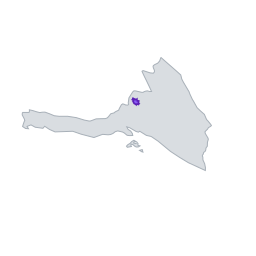 location of Emni Haili, Debub, Eritrea, rotated 136°
{"feature_id": "51966322B75745826178298", "entity_name": "Emni Haili", "entity_type": "district", "adm_level": 2, "iso_a3": "ERI", "parent_name": "Eritrea", "parent_adm1": "Debub", "projection": "equal_earth", "projection_center": [38.709, 14.717], "detail": "fine", "context": "in_parent", "style": "filled", "palette": "violet", "viewbox_px": 256, "rotation_deg": 136, "n_neighbors": 0, "source": "geoboundaries", "source_scale": "gbopen_adm2", "svg_char_len": 4063}
<svg xmlns="http://www.w3.org/2000/svg" viewBox="0 0 256 256"><g transform="rotate(136 128 128)"><path d="M55.3,155.7L54.6,147.1L54.1,141.3L53.6,135.2L53.2,129.5L55.3,125.9L56.3,122.6L58.9,111.7L59.9,109.5L61.9,103.7L62.2,102.0L64.2,94.6L64.0,89.7L63.6,84.8L64.7,81.9L65.6,79.5L65.6,77.6L66.0,73.0L66.3,71.8L67.5,71.8L69.9,72.4L71.7,71.9L73.7,71.9L75.3,71.8L76.2,70.4L77.5,65.0L78.3,63.9L78.9,63.6L80.7,62.6L82.3,61.1L83.5,59.9L84.0,59.7L85.3,59.6L86.6,58.9L87.2,58.2L88.9,57.6L90.5,57.9L91.6,57.2L92.4,56.8L93.2,56.8L94.0,56.2L94.3,55.2L94.8,54.6L96.1,53.2L96.6,52.2L96.9,51.2L97.2,50.4L97.7,49.0L99.9,45.6L101.9,43.7L108.6,60.9L111.3,71.0L113.7,81.7L115.5,97.7L117.2,105.8L119.9,109.9L121.8,117.5L123.4,117.8L124.6,119.9L126.6,127.0L128.1,129.7L128.8,127.4L128.7,126.1L128.2,123.9L128.7,121.0L129.8,119.3L132.3,121.6L133.7,123.4L134.1,126.9L134.7,128.9L137.4,133.0L139.7,134.2L142.6,134.5L145.0,135.4L147.0,136.9L150.7,141.1L159.1,144.8L166.0,156.1L170.0,164.0L183.2,175.9L185.5,181.6L186.7,187.1L189.4,186.9L194.2,193.0L195.6,197.6L199.5,199.3L200.1,196.6L202.0,198.8L202.8,202.3L200.3,203.7L197.6,205.0L197.2,204.9L196.3,206.5L195.0,210.9L193.6,212.2L192.9,212.3L188.6,208.2L187.9,208.0L187.0,208.8L186.3,209.6L184.3,206.5L182.8,203.7L180.8,200.4L178.8,199.0L176.7,197.1L174.6,192.8L172.5,188.0L169.3,184.1L163.4,178.5L158.0,171.4L153.9,164.0L151.2,160.1L150.1,159.1L144.6,156.7L140.8,153.3L137.8,150.5L136.0,149.7L134.3,149.7L130.5,150.2L127.4,148.5L126.1,148.5L124.1,147.9L122.4,147.3L120.5,148.1L116.6,149.3L115.0,149.0L114.1,147.3L113.6,146.0L112.2,144.6L111.1,144.6L110.5,145.8L106.4,149.0L99.5,150.7L97.9,150.6L96.7,149.3L93.2,143.9L92.2,143.1L91.4,143.0L89.8,142.3L88.3,141.3L87.0,139.1L85.7,137.9L84.2,142.2L81.7,149.7L80.4,153.8L78.6,159.0L78.1,159.1L77.2,158.7L73.8,152.3L71.7,149.8L70.0,150.0L68.9,151.2L68.1,153.4L67.3,154.8L66.4,155.3L64.6,155.0L61.7,154.0L58.7,154.2L55.7,155.7L55.3,155.7ZM136.0,112.6L136.9,114.2L137.5,114.0L138.0,113.5L138.4,112.3L141.9,114.6L141.7,116.0L139.6,116.1L137.2,115.5L134.9,115.7L132.3,115.1L131.6,112.6L133.3,113.8L134.2,113.5L134.4,113.1L133.2,111.5L131.5,111.1L131.6,109.8L132.3,109.3L132.8,108.6L131.8,106.8L133.7,107.2L135.0,108.3L135.7,109.6L136.0,112.6ZM134.5,101.0L135.2,103.9L133.1,102.8L132.7,102.2L133.7,101.1L133.9,100.3L134.5,101.0Z" fill="#d9dde1" stroke="#a8b0b8" stroke-width="1"/><path d="M106.4,141.8L106.4,141.6L106.5,141.5L106.6,141.4L106.5,141.2L106.4,141.0L106.4,140.9L106.2,140.8L106.1,140.7L106.1,140.4L106.1,140.2L106.2,139.9L106.1,139.7L106.1,139.4L105.9,139.3L105.7,139.3L105.7,139.2L105.6,139.3L105.5,139.2L105.4,139.2L105.2,139.0L104.9,139.0L104.8,138.8L104.8,138.7L104.7,138.7L104.4,138.5L104.4,138.4L104.3,138.2L104.2,138.0L104.2,137.9L104.0,138.0L103.9,138.0L103.9,137.9L104.0,137.9L103.9,137.8L103.7,137.8L103.4,137.7L103.3,137.8L103.2,137.8L103.5,138.4L103.6,138.5L103.4,138.8L103.1,138.9L102.9,139.0L102.8,138.9L102.7,138.9L102.6,139.0L102.4,139.3L102.2,139.4L102.2,139.5L101.9,139.6L101.9,139.8L101.9,140.1L102.0,140.2L101.9,140.3L102.0,140.4L102.0,140.5L101.9,140.5L102.0,140.6L101.9,140.6L102.0,140.7L102.0,140.8L102.1,141.0L102.2,141.3L102.2,141.5L102.2,141.8L102.1,142.0L101.9,142.2L102.0,142.2L102.0,142.3L101.9,142.3L101.8,142.5L101.7,142.6L101.8,142.6L102.0,142.8L102.1,143.0L102.1,142.9L102.2,143.0L102.3,143.0L102.5,143.0L102.6,143.3L102.7,143.5L102.8,143.5L103.0,143.7L103.0,143.8L103.2,143.7L103.2,143.8L103.2,143.7L103.3,143.7L103.3,143.8L103.5,143.9L103.5,144.0L103.5,144.3L103.5,144.5L103.5,144.9L103.5,145.0L103.5,145.3L103.5,145.5L103.7,145.8L103.7,146.0L103.8,146.1L104.0,146.0L104.1,145.9L104.2,145.7L104.3,145.5L104.5,145.5L104.5,145.4L104.4,145.4L104.5,145.4L104.4,145.3L104.5,145.3L104.6,145.2L104.7,144.9L104.8,144.9L104.8,144.7L104.8,144.8L104.9,144.7L105.0,144.6L105.0,144.4L105.2,144.2L105.2,143.9L105.3,143.9L105.3,144.0L105.3,143.9L105.5,143.7L105.7,143.4L105.8,143.5L105.8,143.4L105.9,143.2L106.0,143.1L106.0,142.9L106.2,142.7L106.3,142.6L106.4,142.4L106.4,142.2L106.3,141.9L106.4,141.8Z" fill="#8b5cf6" stroke="#5b21b6" stroke-width="1.5"/></g></svg>